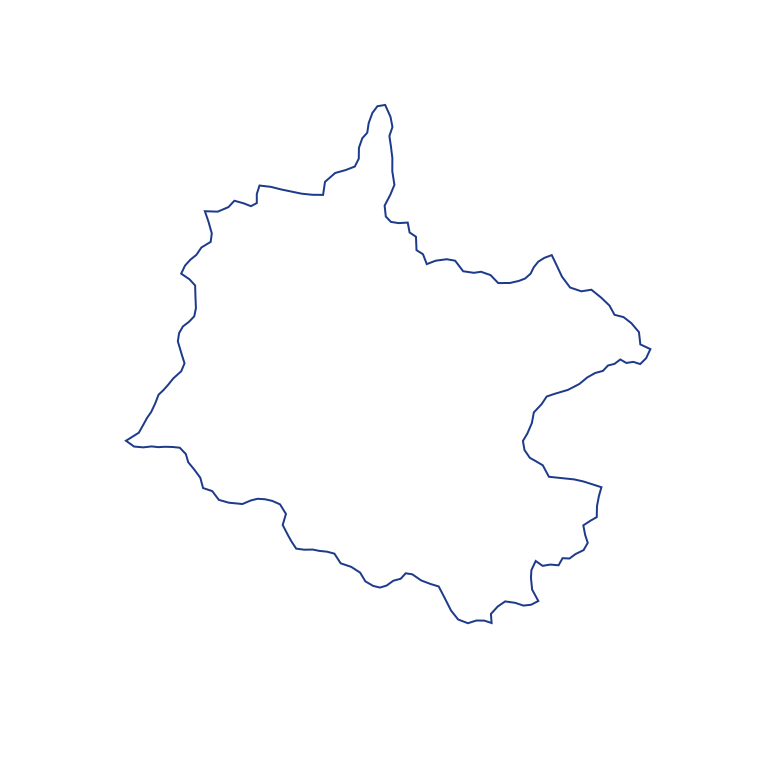 Pouso Alto, Minas Gerais, Brazil, rotated 159°
{"feature_id": "56859067B83789258057197", "entity_name": "Pouso Alto", "entity_type": "district", "adm_level": 2, "iso_a3": "BRA", "parent_name": "Brazil", "parent_adm1": "Minas Gerais", "projection": "robinson", "projection_center": [-44.938, -22.177], "detail": "fine", "context": "isolated", "style": "outline", "palette": "blue", "viewbox_px": 768, "rotation_deg": 159, "n_neighbors": 0, "source": "geoboundaries", "source_scale": "gbopen_adm2", "svg_char_len": 2674}
<svg xmlns="http://www.w3.org/2000/svg" viewBox="0 0 768 768"><g transform="rotate(159 384 384)"><path d="M399.2,137.6L391.4,130.6L382.6,130.1L375.2,127.2L369.2,122.3L366.6,131.0L357.6,135.5L348.8,137.6L339.8,132.6L333.3,127.2L325.8,125.2L317.7,126.1L319.4,139.0L316.2,150.6L313.1,157.4L305.8,164.4L301.1,157.4L293.4,155.8L286.0,152.2L279.7,157.4L273.4,154.6L266.2,156.6L257.2,157.4L250.7,162.7L250.3,170.9L248.6,180.6L240.1,182.4L233.1,183.5L228.9,193.7L223.5,202.4L218.0,209.7L232.7,221.5L240.5,226.7L263.3,238.3L264.9,251.2L269.8,257.4L274.3,262.8L276.5,272.0L274.7,281.1L268.0,286.3L259.9,294.6L254.3,303.8L244.1,308.7L236.6,314.0L228.5,313.7L214.4,312.6L201.7,314.0L191.8,317.3L183.1,318.6L174.9,317.8L168.3,321.0L161.6,320.2L154.6,322.2L150.2,316.8L143.3,315.3L137.7,310.8L130.1,314.1L122.8,321.1L130.5,329.1L127.4,341.0L131.2,352.0L136.4,360.6L144.0,366.0L145.4,376.4L150.3,386.8L156.6,397.7L166.5,399.8L175.7,407.4L179.4,420.5L180.3,433.2L181.2,444.2L189.1,444.3L196.2,442.9L202.5,439.2L207.5,434.5L214.5,431.9L221.2,431.9L230.3,433.2L241.2,437.3L245.5,447.5L253.2,454.0L260.3,455.6L269.7,460.9L273.4,473.6L280.7,478.0L291.6,480.6L301.1,480.6L301.1,491.2L305.7,497.3L301.4,510.0L305.8,516.3L304.0,526.2L312.8,529.0L319.5,532.9L322.3,539.7L319.5,550.3L310.3,558.4L302.9,566.2L300.0,579.7L295.2,592.0L292.3,603.7L290.1,613.6L284.0,620.9L282.2,631.1L282.9,644.1L290.6,645.7L297.6,641.3L304.7,633.2L309.6,624.6L316.2,621.2L322.7,613.6L326.8,603.4L333.3,597.5L343.4,597.5L354.0,598.5L366.6,593.9L373.1,582.4L383.0,586.3L392.7,591.2L400.8,596.4L410.3,602.5L418.8,608.5L429.1,613.9L434.7,606.9L437.9,598.5L444.5,597.7L450.3,603.0L458.0,608.7L465.8,604.9L477.5,604.5L489.3,609.5L489.7,598.3L490.8,586.3L494.9,578.8L505.5,576.9L512.9,571.8L520.3,569.4L527.4,565.8L533.8,559.7L528.1,551.5L525.0,543.7L528.6,533.5L532.4,522.2L536.9,515.2L543.9,511.9L551.1,509.8L557.0,505.0L561.2,497.7L562.3,483.4L562.8,474.8L568.7,468.6L578.8,464.7L586.0,460.5L592.0,457.4L598.3,454.8L604.6,447.8L611.4,441.3L617.3,437.3L622.5,432.9L630.3,426.4L645.2,423.5L639.8,415.2L631.4,411.1L623.3,409.0L617.3,405.9L611.0,403.9L603.8,400.9L597.5,397.7L594.1,389.6L594.8,381.1L592.0,372.8L589.1,362.3L590.2,351.7L582.7,345.5L579.7,335.0L571.4,328.8L559.2,322.7L550.0,323.0L543.3,322.2L536.5,319.1L530.2,314.9L524.2,308.9L522.1,297.8L529.1,288.7L527.9,277.7L526.8,270.1L525.0,261.8L517.9,257.9L509.9,255.0L503.9,251.2L497.5,248.0L491.1,243.4L488.7,232.1L480.2,225.1L473.9,216.5L472.1,206.4L466.5,199.4L460.7,195.4L453.7,194.9L445.8,197.0L438.2,196.2L431.6,199.5L425.8,196.2L419.7,187.3L412.2,180.6L405.5,175.4L404.1,163.1L402.6,148.5L399.2,137.6Z" fill="none" stroke="#1e3a8a" stroke-width="2"/></g></svg>